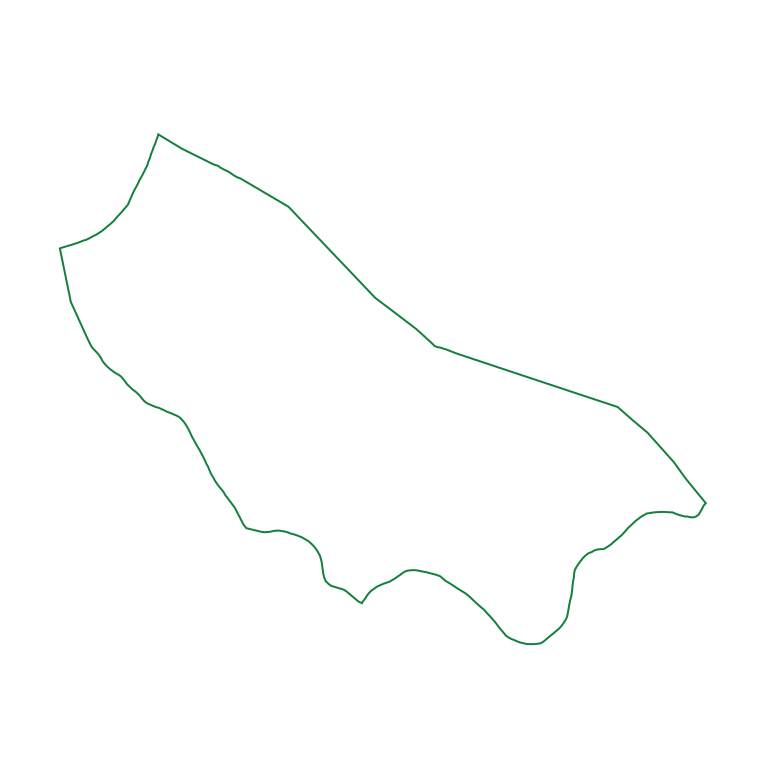 Al Hasayn, Al Dali', Yemen (Equal Earth projection), rotated 352°
{"feature_id": "15242507B64520709980870", "entity_name": "Al Hasayn", "entity_type": "district", "adm_level": 2, "iso_a3": "YEM", "parent_name": "Yemen", "parent_adm1": "Al Dali'", "projection": "equal_earth", "projection_center": [44.813, 13.79], "detail": "fine", "context": "isolated", "style": "outline", "palette": "green", "viewbox_px": 768, "rotation_deg": 352, "n_neighbors": 0, "source": "geoboundaries", "source_scale": "gbopen_adm2", "svg_char_len": 3971}
<svg xmlns="http://www.w3.org/2000/svg" viewBox="0 0 768 768"><g transform="rotate(352 384 384)"><path d="M686.1,546.8L669.9,520.2L660.2,501.8L638.2,468.9L624.9,454.1L612.2,439.3L562.9,414.9L531.2,399.2L460.5,364.1L450.3,358.4L447.7,357.2L444.8,355.8L442.0,354.9L439.2,353.3L438.9,352.8L437.1,350.3L423.9,334.4L407.5,317.8L387.3,297.5L314.1,195.2L270.6,160.6L267.0,158.6L264.5,156.6L262.2,154.5L259.8,152.3L257.3,150.7L254.4,148.7L251.8,146.7L250.1,144.9L246.0,143.0L223.5,127.6L216.4,122.7L195.2,105.4L194.1,108.0L192.3,111.2L190.8,114.3L189.0,117.1L187.3,120.5L185.4,123.7L183.8,127.3L181.4,131.4L180.0,134.6L178.0,137.4L176.1,140.2L174.3,142.8L172.2,145.7L170.1,148.3L168.4,151.1L166.4,153.8L164.2,156.7L162.3,159.5L159.9,163.3L157.8,166.7L155.5,170.6L153.3,172.7L150.3,175.2L148.0,177.3L145.1,179.7L142.4,181.9L139.9,184.3L137.1,186.3L134.6,187.9L130.8,190.2L128.4,191.8L125.3,193.6L122.5,194.8L119.8,196.1L116.6,197.1L113.3,198.4L109.1,199.8L106.1,200.2L103.2,200.9L99.7,201.7L96.1,202.3L93.3,202.8L89.6,203.3L86.5,203.8L83.1,204.3L81.9,204.6L85.3,259.1L96.9,298.5L98.3,302.7L99.7,306.6L101.6,309.5L103.7,312.4L105.8,315.5L107.2,318.7L108.6,322.3L110.2,325.2L112.6,328.6L114.8,331.1L117.5,333.8L119.9,336.0L122.2,337.7L124.5,339.8L126.3,342.6L128.1,345.8L129.7,348.7L132.1,351.7L134.1,354.3L136.7,356.8L138.7,359.2L140.7,361.9L142.4,364.8L144.2,367.6L146.6,370.0L149.2,371.7L151.9,373.3L154.9,375.1L157.6,376.2L160.1,377.8L162.6,379.4L165.5,381.4L168.3,382.9L170.8,384.4L173.8,386.2L176.5,388.1L178.5,390.6L180.7,394.0L182.5,397.6L184.2,402.1L185.4,405.7L186.5,409.4L188.4,414.3L190.2,419.1L192.3,424.0L193.6,427.8L194.9,431.2L196.0,434.7L196.9,438.0L198.3,441.6L199.2,445.3L200.3,449.2L202.0,453.1L203.2,456.3L204.8,459.7L206.6,462.9L208.6,466.0L210.2,468.9L211.5,472.3L213.3,475.2L215.0,478.4L216.8,481.7L218.9,485.4L225.4,503.9L227.6,507.6L241.4,513.1L244.1,514.0L247.6,514.4L250.6,514.5L253.6,514.2L256.4,514.2L259.4,514.5L262.1,515.3L265.0,516.2L268.2,517.6L270.8,519.1L273.5,520.2L276.2,521.5L279.1,523.1L282.2,525.0L284.6,527.0L287.2,529.0L289.7,531.9L291.8,534.7L293.8,538.1L295.2,541.3L296.6,544.9L297.2,548.4L297.5,552.3L297.5,556.4L297.5,559.9L297.5,563.5L297.8,567.1L298.8,571.0L301.3,574.3L303.7,576.6L313.3,581.0L315.8,582.3L317.8,584.0L328.5,595.9L331.2,597.7L331.7,598.0L332.5,596.8L335.7,593.6L338.2,590.6L340.6,588.5L342.9,586.7L345.8,585.3L348.6,583.8L351.9,582.8L356.3,581.6L359.1,581.1L361.8,580.6L364.4,579.5L367.6,578.2L370.2,576.8L373.2,575.4L375.8,573.9L378.4,572.7L381.1,572.1L384.6,572.2L387.3,572.4L390.2,573.0L393.4,574.1L396.1,575.1L399.9,576.3L402.8,577.6L406.4,579.0L410.0,580.6L413.0,582.3L415.3,585.0L417.7,587.7L420.3,589.7L422.6,591.6L425.6,594.2L428.2,596.7L430.7,598.7L433.3,600.8L435.6,602.7L438.3,605.6L440.5,608.2L442.5,610.8L444.5,613.2L447.0,616.3L449.4,619.0L451.8,621.7L453.6,624.5L455.9,627.7L457.9,630.7L460.1,634.0L461.8,636.9L463.5,640.0L465.5,643.4L467.7,646.8L469.6,650.0L471.9,652.1L474.3,654.0L478.5,656.4L481.0,658.0L483.7,659.3L486.5,660.3L489.2,661.4L492.8,662.0L496.3,662.5L499.1,662.6L502.9,662.6L505.7,661.5L508.5,659.8L511.5,657.9L514.2,656.2L517.4,654.3L520.6,652.3L523.1,650.7L525.8,648.5L528.1,646.2L531.1,642.8L533.0,639.8L534.2,636.2L535.5,632.3L536.8,628.1L538.3,624.1L539.9,620.1L541.0,616.5L541.9,613.1L542.8,609.1L544.0,605.1L545.1,601.9L545.9,598.2L547.0,594.9L549.3,591.7L551.6,589.1L553.9,586.8L556.6,584.2L559.9,581.7L562.5,580.2L566.3,579.3L569.1,578.1L572.1,577.6L575.6,577.7L578.3,578.1L580.9,577.1L583.6,575.9L587.0,574.1L589.6,572.3L593.0,570.2L595.6,568.4L598.2,566.9L600.7,564.8L603.2,562.7L605.8,560.4L608.4,558.6L611.5,556.5L614.2,554.5L617.5,552.7L620.9,550.8L623.6,549.8L626.2,548.8L628.9,548.8L633.2,548.7L636.6,548.9L639.8,549.2L642.5,549.5L645.4,550.0L648.8,550.8L651.7,551.2L656.0,553.8L659.0,555.2L663.2,557.0L666.1,557.5L669.3,558.7L672.0,559.1L674.7,558.6L677.3,557.2L679.5,554.6L681.9,551.4L683.7,548.8L686.1,546.8Z" fill="none" stroke="#15803d" stroke-width="2"/></g></svg>